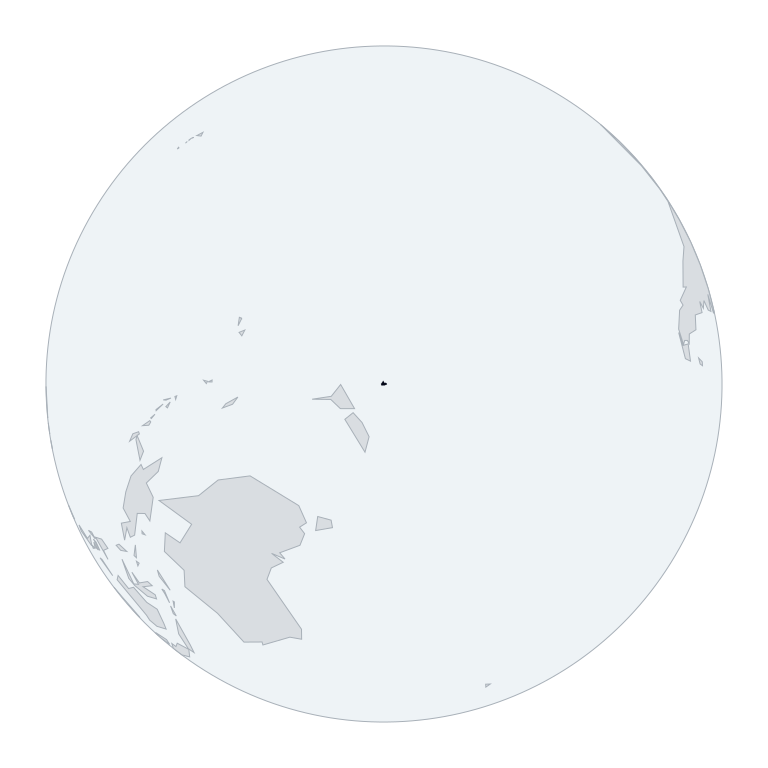 the Earth from above Chatham Islands Territory, rotated 302°
{"feature_id": "NZL-5470", "entity_name": "Chatham Islands Territory", "entity_type": "Special Island Authority", "adm_level": 1, "iso_a3": "NZL", "parent_name": "New Zealand", "parent_adm1": "", "projection": "orthographic", "projection_center": [-176.452, -44.022], "detail": "fine", "context": "on_globe", "style": "filled", "palette": "ink", "viewbox_px": 768, "rotation_deg": 302, "n_neighbors": 0, "source": "natural_earth", "source_scale": "10m", "svg_char_len": 5057}
<svg xmlns="http://www.w3.org/2000/svg" viewBox="0 0 768 768"><g transform="rotate(302 384 384)"><circle cx="384" cy="384" r="338" fill="#eef3f6" stroke="#a8b0b8"/><path d="M363.9,226.0L364.4,228.3L364.0,228.6L363.9,226.0ZM619.4,626.5L618.8,625.8L631.6,611.1L618.8,622.8L618.5,619.8L624.3,611.1L617.4,614.7L621.3,608.0L613.1,615.9L607.5,611.4L595.3,619.8L588.2,616.4L580.0,621.4L581.7,618.2L580.3,615.9L576.2,617.1L586.7,604.8L603.2,595.6L609.4,595.8L611.9,590.9L626.5,589.0L624.7,586.3L646.6,572.4L659.5,565.6L689.3,528.1L695.5,514.5L705.5,486.6L718.6,431.1L718.8,429.8L714.5,454.4L708.4,478.6L700.6,502.2L691.0,525.3L679.7,547.5L666.9,568.9L652.5,589.2L636.6,608.5L619.4,626.5ZM497.3,97.5L495.5,93.6L501.5,97.1L497.3,97.5ZM491.1,90.7L492.4,92.1L490.6,90.8L491.1,90.7ZM487.6,89.3L490.1,90.3L487.3,89.5L487.6,89.3ZM483.0,88.0L485.4,88.6L485.2,88.6L483.0,88.0ZM475.6,85.0L473.7,84.2L475.9,84.3L475.6,85.0ZM565.2,626.2L583.8,606.6L575.2,617.2L579.2,620.7L565.8,631.8L565.2,626.2ZM572.8,637.0L571.5,642.1L568.3,644.4L568.5,641.5L572.8,637.0ZM68.6,262.7L67.7,265.4L65.3,272.8L56.7,300.9L57.8,295.9L57.5,297.0L68.6,262.7ZM51.8,322.1L52.2,322.4L52.0,335.0L49.6,340.3L50.4,330.1L51.8,322.1ZM180.9,631.0L183.3,629.3L185.9,633.1L180.9,631.0ZM83.0,324.9L88.1,320.2L88.1,321.7L83.0,324.9ZM77.6,327.0L82.7,320.6L77.2,330.8L77.6,327.0ZM84.8,318.1L90.1,309.1L92.4,304.2L92.4,307.3L84.8,318.1ZM74.4,331.8L60.2,357.7L55.6,365.2L55.8,358.4L63.3,342.3L74.4,331.8ZM48.3,345.3L51.5,341.6L51.1,346.7L54.6,346.0L55.5,359.1L49.6,363.8L47.2,356.2L48.3,345.3ZM73.1,298.5L72.8,311.0L64.2,324.3L60.7,329.1L58.2,319.9L59.6,310.4L62.1,305.1L76.6,261.4L80.7,260.0L75.2,275.8L78.9,279.3L73.1,298.5ZM85.8,237.8L77.7,255.5L86.1,235.3L85.8,237.8ZM92.8,221.6L91.6,225.9L90.6,224.5L92.8,221.6ZM114.1,180.7L108.0,189.5L105.3,193.5L106.9,190.6L114.1,180.7ZM333.3,369.5L343.3,373.0L339.7,385.8L331.4,399.3L316.1,404.0L333.3,369.5ZM234.9,416.4L223.5,403.7L236.5,398.0L240.5,411.3L234.9,416.4ZM340.0,360.0L342.7,347.1L333.0,331.1L345.6,345.8L360.6,347.5L347.5,372.1L340.0,360.0ZM156.3,388.3L132.3,444.0L123.9,449.4L119.4,438.3L98.5,419.6L100.6,417.3L90.9,402.0L101.3,364.4L106.6,322.6L120.1,313.2L125.6,286.5L141.9,277.4L141.2,295.2L163.1,295.2L166.0,254.9L191.0,285.9L214.7,294.2L235.1,319.1L235.7,376.2L225.2,391.8L217.9,388.3L215.0,396.0L202.7,398.2L185.6,385.0L183.1,392.8L180.8,378.4L179.4,393.0L168.3,385.9L156.3,388.3ZM278.0,259.7L283.4,260.3L295.5,267.0L286.6,266.3L278.0,259.7ZM351.0,233.7L356.0,237.4L349.5,237.9L351.0,233.7ZM364.0,228.6L356.1,229.4L363.9,226.0L364.0,228.6ZM292.6,233.8L296.3,236.1L294.6,237.1L292.6,233.8ZM290.2,233.1L291.6,229.0L292.8,232.9L290.2,233.1ZM260.5,215.5L262.6,213.3L264.2,214.5L260.5,215.5ZM95.8,312.0L101.8,295.2L106.2,290.3L95.8,312.0ZM255.5,212.2L249.0,213.0L249.2,211.0L255.5,212.2ZM254.8,207.7L253.5,205.2L259.2,210.8L254.8,207.7ZM241.4,204.2L250.0,207.3L240.6,204.9L241.4,204.2ZM237.0,205.8L231.4,205.0L231.6,204.1L237.0,205.8ZM184.0,225.2L203.8,234.7L190.2,238.9L174.1,234.9L165.6,248.3L143.8,258.0L147.5,249.9L143.5,243.3L123.7,252.6L119.6,250.1L125.9,242.1L114.1,246.8L126.8,235.0L133.0,241.7L140.6,228.5L155.7,222.2L172.0,218.2L187.0,220.6L184.0,225.2ZM128.8,258.2L131.1,256.6L129.5,261.3L128.8,258.2ZM220.7,201.3L228.8,204.8L228.2,206.3L224.4,206.4L220.7,201.3ZM190.0,217.5L205.4,203.1L209.4,202.0L199.6,215.7L190.0,217.5ZM200.7,198.6L208.7,197.4L213.5,201.2L212.0,203.0L200.7,198.6ZM102.5,268.0L102.3,271.3L99.3,271.7L102.5,268.0ZM106.1,262.9L115.8,258.4L105.5,266.1L106.1,262.9ZM81.9,277.7L84.0,282.0L90.8,269.9L85.7,282.0L91.2,288.2L90.1,294.3L84.4,287.1L84.0,301.7L81.2,305.0L78.7,295.9L81.0,279.4L83.9,270.6L96.6,254.6L81.9,277.7ZM105.7,254.6L103.4,248.9L105.3,242.3L107.7,244.1L105.7,254.6ZM98.3,237.0L94.3,234.3L89.0,242.9L101.2,220.6L102.8,226.7L98.3,237.0ZM97.3,223.6L92.2,231.4L98.5,219.7L97.3,223.6ZM91.8,229.9L93.0,224.9L96.1,221.7L91.8,229.9ZM99.6,221.3L103.3,210.9L103.5,214.5L99.6,221.3ZM95.9,214.3L99.9,214.8L91.9,222.0L98.9,205.2L102.9,200.0L95.9,214.3ZM172.8,120.2L173.2,119.9L169.5,122.9L164.5,127.1L165.9,125.9L172.8,120.2ZM159.7,131.3L153.2,137.3L153.7,136.7L159.7,131.3ZM202.9,98.7L194.5,104.4L177.0,116.9L202.9,98.7Z" fill="#d9dde1" stroke="#a8b0b8" stroke-width="1"/><path d="M384.3,383.3L384.2,383.3L384.2,383.1L384.3,382.8L384.4,382.7L384.2,382.4L383.7,382.4L383.7,382.6L384.1,382.7L383.8,383.0L383.9,383.3L384.0,383.3L384.0,383.5L384.3,383.6L384.3,383.8L384.5,384.0L384.3,384.2L384.2,384.2L384.1,384.3L383.8,384.5L383.7,384.6L383.4,384.6L383.3,384.4L383.2,384.1L383.1,383.9L383.5,383.7L383.7,383.4L383.5,382.9L383.4,382.8L383.3,382.7L383.2,382.7L383.0,382.8L382.9,382.9L382.7,382.8L382.4,382.9L382.3,382.7L382.5,382.6L382.6,382.4L382.7,382.5L382.8,382.5L383.2,382.5L383.3,382.4L383.3,382.2L383.5,382.1L383.8,382.2L384.1,382.3L384.3,382.4L385.2,382.3L385.1,382.5L384.9,382.4L384.7,382.5L384.3,383.1L384.3,383.3ZM385.3,385.3L385.3,385.5L385.2,385.6L385.1,385.8L384.9,385.7L385.0,385.6L385.0,385.4L384.9,385.3L385.0,385.2L385.3,385.2L385.3,385.3L385.3,385.3Z" fill="#0f172a" stroke="#020617" stroke-width="1.5"/></g></svg>